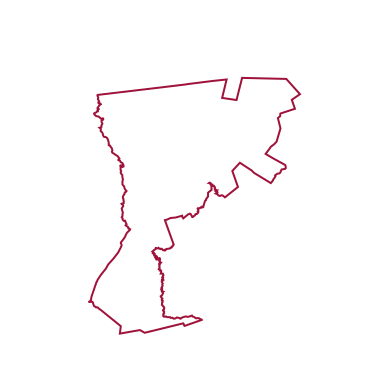 the district of Voi, Coast, Kenya, rotated 250°
{"feature_id": "3690345B74422593765563", "entity_name": "Voi", "entity_type": "district", "adm_level": 2, "iso_a3": "KEN", "parent_name": "Kenya", "parent_adm1": "Coast", "projection": "robinson", "projection_center": [38.488, -3.338], "detail": "fine", "context": "isolated", "style": "outline", "palette": "rose", "viewbox_px": 384, "rotation_deg": 250, "n_neighbors": 0, "source": "geoboundaries", "source_scale": "gbopen_adm2", "svg_char_len": 5996}
<svg xmlns="http://www.w3.org/2000/svg" viewBox="0 0 384 384"><g transform="rotate(250 192 192)"><path d="M295.4,222.1L315.5,136.5L315.2,136.2L314.3,136.1L313.0,136.3L311.5,135.3L309.0,135.8L308.5,135.4L308.3,134.7L307.8,134.5L307.3,134.6L306.5,136.2L305.6,136.3L305.3,134.9L303.4,132.0L303.0,131.9L302.1,132.7L301.7,132.7L301.3,131.2L300.4,131.4L300.0,131.2L300.0,130.1L299.5,128.8L299.4,127.0L299.2,126.8L298.0,126.9L296.1,127.9L294.8,130.1L292.0,131.6L291.7,132.1L291.8,133.3L291.4,133.7L290.4,133.3L290.2,131.7L289.9,131.3L288.9,131.0L287.0,131.2L286.5,130.9L285.5,129.6L284.1,129.2L283.8,128.4L284.0,127.1L282.4,127.9L280.4,127.0L279.1,127.8L278.3,128.0L277.4,128.1L275.8,127.8L274.3,128.0L273.8,128.3L273.2,129.7L271.5,130.8L270.1,130.9L267.2,130.7L264.4,129.8L263.5,131.0L262.3,130.9L261.0,131.5L259.9,131.6L258.2,131.4L257.5,130.6L256.4,130.5L250.9,134.5L248.2,135.2L247.8,134.1L247.4,133.8L247.0,133.7L246.1,135.0L244.4,135.2L243.1,136.5L240.6,136.8L239.4,136.4L239.3,135.2L239.8,134.6L240.3,134.6L240.9,135.0L241.1,134.9L241.4,134.2L241.2,133.6L239.2,133.3L237.6,132.5L235.8,132.6L235.0,131.7L233.8,131.6L231.8,132.3L229.5,131.6L227.4,131.4L225.9,130.3L222.8,129.2L220.6,130.1L218.3,129.9L215.8,130.5L215.3,130.8L214.8,130.1L214.5,128.6L213.2,127.9L212.6,126.9L211.2,125.4L209.9,125.0L208.7,125.2L208.0,124.8L206.6,124.8L205.9,124.3L205.0,124.1L204.6,123.6L205.1,122.1L205.0,121.7L204.6,121.8L203.8,122.5L202.3,122.6L200.6,120.3L196.0,119.9L194.5,118.8L193.3,118.6L192.3,117.3L190.9,117.8L189.9,117.4L188.9,117.6L188.0,118.4L188.0,119.3L187.8,119.4L186.9,119.2L184.1,119.5L183.4,118.2L183.2,118.3L181.2,119.8L179.5,119.8L179.4,120.3L178.8,120.3L178.1,121.1L177.5,120.5L176.0,117.0L174.1,114.9L173.0,114.0L171.0,111.3L168.9,107.9L168.2,107.6L166.9,107.8L165.8,107.5L164.6,106.5L160.3,101.8L156.1,95.1L152.6,88.5L149.4,84.8L145.4,78.2L141.7,73.2L140.3,72.0L140.2,71.6L139.6,71.1L128.2,61.9L125.6,60.4L125.2,60.0L124.4,59.9L124.1,57.1L123.4,59.0L123.5,60.0L123.3,60.3L122.8,60.5L122.7,60.9L122.1,61.1L120.8,60.9L118.2,61.0L117.2,62.1L116.3,62.4L116.0,63.7L115.8,63.9L113.5,65.0L113.1,65.5L90.3,79.2L83.6,75.8L80.1,95.8L75.9,99.4L71.6,138.7L71.5,138.9L70.9,139.0L69.2,139.0L68.7,139.2L68.5,157.5L68.8,157.5L69.4,156.6L70.6,155.7L70.8,155.6L71.8,153.7L71.7,153.3L72.0,152.5L74.0,151.1L74.9,149.8L75.9,149.7L76.0,148.0L75.8,147.3L76.2,145.0L77.2,143.7L77.3,142.6L77.4,140.2L77.3,138.9L76.9,138.5L76.9,137.9L77.2,137.4L77.8,137.2L79.3,134.8L78.9,133.2L79.0,132.2L79.4,131.2L80.4,130.8L81.1,128.8L81.8,128.7L83.0,125.7L84.0,124.9L84.0,124.1L84.5,122.9L85.2,122.6L85.8,123.0L86.3,122.8L86.8,123.5L87.1,123.7L87.6,123.7L87.7,124.1L87.9,124.0L88.9,124.9L89.3,124.9L90.4,124.2L90.7,124.2L91.0,124.4L91.1,125.3L92.3,126.2L92.6,126.1L93.2,126.4L94.0,125.9L94.5,126.0L95.0,125.6L95.7,125.5L96.2,125.1L98.2,126.0L98.7,126.8L99.8,127.3L100.4,127.1L100.5,126.6L101.4,126.9L101.5,127.5L101.9,127.7L102.1,127.4L103.4,127.2L103.6,127.3L104.2,126.9L104.7,126.9L105.3,128.6L106.8,130.2L107.3,130.0L108.4,130.2L108.4,130.7L108.9,130.2L110.0,130.4L109.6,129.7L111.1,129.8L111.5,130.3L111.8,130.2L112.2,130.4L112.2,131.1L113.0,131.1L113.9,132.3L115.1,132.3L115.9,133.2L117.9,132.8L118.2,133.0L118.3,133.6L118.5,133.9L119.4,133.5L119.9,133.8L119.8,134.0L119.1,134.4L119.2,135.1L119.8,135.0L119.9,134.6L120.2,134.5L121.4,135.5L121.9,134.8L122.0,134.8L122.6,135.8L123.3,136.1L123.6,136.7L125.2,136.7L126.0,134.7L126.8,135.4L128.7,136.1L129.2,135.0L129.5,135.3L130.4,135.3L130.9,134.5L131.3,134.9L131.4,135.3L132.4,135.9L133.0,135.7L134.7,136.7L134.7,136.3L135.3,136.4L135.6,137.1L135.4,137.4L136.1,138.4L136.5,137.3L137.0,137.8L136.7,138.1L136.8,138.3L137.5,138.3L138.4,137.7L138.5,138.2L139.0,138.2L139.5,138.9L140.7,139.1L141.0,138.9L141.2,138.5L141.1,138.1L140.4,137.4L141.1,136.2L140.6,135.7L140.8,135.4L141.7,135.2L142.0,135.8L141.7,136.2L141.8,136.5L143.0,136.9L143.1,136.4L142.8,136.0L143.3,135.2L143.8,135.7L143.7,136.2L144.0,136.5L145.2,135.8L145.3,135.6L144.9,135.1L145.1,134.8L145.8,134.8L146.4,135.3L147.0,134.9L147.1,135.6L148.0,135.3L148.1,134.3L149.1,134.8L149.6,134.4L150.5,136.6L150.7,138.0L151.8,138.8L151.6,139.1L151.2,139.1L151.1,139.3L151.0,140.4L150.7,140.7L151.0,141.4L150.0,141.8L149.8,142.5L149.1,142.8L149.1,144.0L148.2,144.6L147.4,144.8L146.6,145.9L146.8,146.2L146.3,146.9L146.5,147.2L147.0,147.4L146.9,148.0L147.2,148.5L146.5,151.7L146.6,152.5L147.1,152.9L146.8,153.7L147.0,154.1L147.6,154.5L147.7,155.4L148.5,156.0L148.8,156.8L174.8,156.9L174.6,158.4L174.9,163.1L173.6,167.9L173.1,174.6L171.9,174.4L170.2,174.8L172.2,180.4L172.4,182.6L171.8,183.2L168.3,183.7L168.2,184.4L168.7,185.0L168.8,186.1L169.2,187.0L170.0,187.7L170.0,188.3L169.6,189.0L170.6,190.8L171.6,190.6L172.0,191.6L172.9,191.6L173.2,191.9L174.5,191.6L174.7,191.8L174.3,192.9L174.3,194.3L174.7,195.4L174.2,195.4L174.3,195.8L173.8,197.0L174.0,197.5L175.1,197.8L175.3,198.3L179.1,201.1L179.6,202.4L180.3,202.5L180.9,203.6L181.7,204.4L182.2,205.5L185.9,206.9L187.3,211.1L192.4,212.7L192.6,212.0L194.2,211.9L194.6,211.1L194.8,211.7L194.1,212.5L192.9,212.7L192.0,213.7L190.7,213.5L190.2,214.1L190.3,214.7L190.1,214.8L189.8,214.7L188.9,215.1L188.3,215.1L188.0,214.7L187.3,214.8L187.1,214.4L186.3,214.2L186.1,214.3L186.3,214.8L186.1,215.2L185.2,215.8L185.2,215.4L184.6,214.6L184.1,215.2L183.9,215.1L183.8,214.7L183.5,214.7L183.3,215.2L183.6,215.7L183.0,215.4L182.7,215.7L182.3,215.5L182.2,214.0L181.3,215.0L179.9,215.6L178.8,216.6L178.7,217.1L178.9,218.3L178.3,219.6L175.7,221.1L181.0,236.9L198.0,237.1L203.1,247.0L191.7,255.5L188.8,256.8L173.4,269.1L175.2,272.1L175.9,272.5L177.5,275.0L178.3,275.8L178.9,275.6L179.3,275.9L180.0,278.3L179.6,280.4L179.9,281.4L182.5,283.9L181.9,287.4L182.5,288.4L184.7,288.8L185.4,288.9L195.8,279.8L202.6,274.2L206.8,280.6L207.4,281.2L208.9,285.8L210.4,288.7L221.5,296.9L232.1,298.0L233.0,300.6L235.5,301.9L235.0,317.2L244.5,317.3L247.0,326.9L266.0,319.3L282.1,278.1L263.2,265.3L270.1,252.5L285.9,263.0L289.3,249.3L294.6,226.1L295.4,222.1Z" fill="none" stroke="#9f1239" stroke-width="2"/></g></svg>